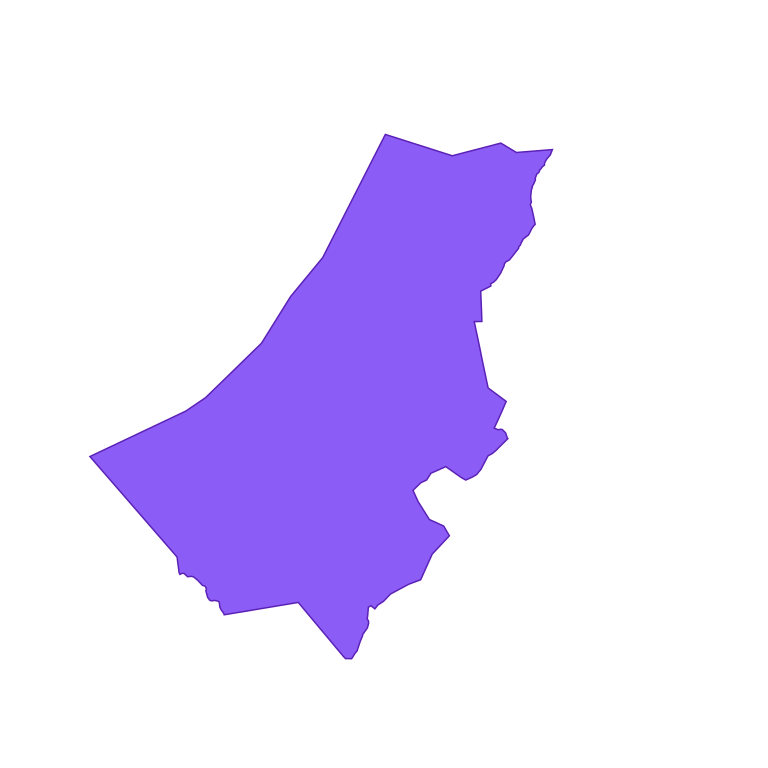 outline of Valerio Trujano, Oaxaca, Mexico, rotated 51°
{"feature_id": "50627088B90895159009900", "entity_name": "Valerio Trujano", "entity_type": "district", "adm_level": 2, "iso_a3": "MEX", "parent_name": "Mexico", "parent_adm1": "Oaxaca", "projection": "robinson", "projection_center": [-96.976, 17.773], "detail": "fine", "context": "isolated", "style": "filled", "palette": "violet", "viewbox_px": 768, "rotation_deg": 51, "n_neighbors": 0, "source": "geoboundaries", "source_scale": "gbopen_adm2", "svg_char_len": 2186}
<svg xmlns="http://www.w3.org/2000/svg" viewBox="0 0 768 768"><g transform="rotate(51 384 384)"><path d="M190.9,225.9L247.2,352.1L257.2,401.4L275.2,453.5L279.9,504.6L282.3,531.3L280.3,555.1L255.3,658.2L388.2,653.7L401.9,662.1L403.6,662.4L404.1,660.0L405.4,658.6L410.2,657.9L412.2,654.8L413.8,653.5L419.1,652.3L426.3,651.8L428.2,650.4L429.5,650.4L431.3,650.9L432.0,651.6L432.6,652.6L439.0,655.4L440.8,655.4L441.8,655.6L442.8,655.3L444.1,654.4L445.5,652.0L448.3,649.6L449.1,649.5L450.0,649.4L454.1,652.0L457.1,652.7L461.4,652.9L462.8,653.4L499.8,588.1L570.1,587.0L573.3,586.7L574.4,585.2L577.1,582.1L576.8,580.9L575.1,576.1L574.5,572.9L569.1,564.5L566.7,560.0L564.9,557.3L564.8,556.0L564.5,555.5L563.1,550.4L560.3,546.5L559.6,546.1L558.7,545.3L557.5,545.0L556.1,545.0L554.1,542.8L549.7,538.6L547.7,536.7L548.0,533.7L553.0,532.6L551.9,527.8L552.6,521.3L551.3,511.1L555.2,490.7L559.2,478.7L546.4,453.3L546.4,452.6L543.1,428.7L538.4,428.0L532.0,427.0L517.9,434.0L496.9,431.5L484.9,428.4L483.9,417.6L485.4,411.3L482.9,403.7L487.1,388.0L506.0,382.6L510.1,380.9L511.9,374.0L512.7,368.9L511.9,365.4L511.4,362.5L505.3,348.4L506.0,344.4L506.2,343.7L506.1,339.0L506.0,337.6L505.7,335.5L504.4,322.1L503.4,322.1L498.7,320.3L497.6,320.3L493.7,320.8L492.4,322.1L491.5,324.0L487.6,326.1L484.3,319.2L480.6,311.9L479.5,309.7L477.1,305.1L476.0,303.1L474.5,300.0L463.4,302.8L452.6,305.6L424.3,291.1L420.0,288.8L408.0,282.6L403.8,280.5L401.1,279.1L392.3,274.6L397.0,268.6L389.5,262.9L372.7,250.4L375.1,239.3L373.2,238.0L373.8,234.9L373.5,230.9L371.3,223.7L367.6,216.1L366.5,215.0L365.7,212.1L366.1,210.9L366.5,208.3L363.3,194.1L362.2,192.8L361.9,190.8L361.0,189.2L358.9,184.4L359.0,182.6L359.1,177.8L356.3,171.5L355.3,168.0L355.2,167.4L355.3,167.0L355.0,166.0L348.1,162.4L340.7,158.7L337.3,157.7L336.4,157.1L335.5,155.1L330.9,152.3L328.9,150.3L328.7,150.1L326.0,147.4L324.5,144.9L323.8,144.7L322.7,141.7L321.5,139.5L321.0,138.3L320.2,137.5L319.6,137.4L318.7,136.0L317.0,133.2L317.1,130.8L316.4,129.2L315.7,128.5L315.7,127.4L314.8,124.0L314.9,121.6L313.2,120.0L311.6,115.9L310.6,110.5L307.8,105.6L287.4,135.4L270.3,141.6L249.6,187.3L190.9,225.9Z" fill="#8b5cf6" stroke="#5b21b6" stroke-width="1.5"/></g></svg>